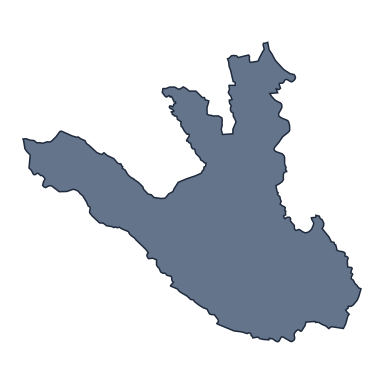 Nho Quan, Ninh Bình, Vietnam
{"feature_id": "81297802B37600217906847", "entity_name": "Nho Quan", "entity_type": "district", "adm_level": 2, "iso_a3": "VNM", "parent_name": "Vietnam", "parent_adm1": "Ninh Bình", "projection": "orthographic", "projection_center": [105.744, 20.312], "detail": "fine", "context": "isolated", "style": "filled", "palette": "slate", "viewbox_px": 384, "rotation_deg": 0, "n_neighbors": 0, "source": "geoboundaries", "source_scale": "gbopen_adm2", "svg_char_len": 5986}
<svg xmlns="http://www.w3.org/2000/svg" viewBox="0 0 384 384"><path d="M295.5,77.3L294.9,75.7L294.0,74.5L290.3,73.8L284.8,70.3L282.8,68.6L276.2,61.4L275.0,59.8L271.8,53.8L269.1,49.8L267.7,42.3L265.2,43.2L263.5,43.3L263.3,43.8L263.1,44.9L264.2,49.4L262.6,51.8L259.1,58.6L258.4,60.7L257.5,61.3L250.5,62.4L250.0,62.1L249.7,61.7L249.3,58.7L249.5,56.2L248.6,55.0L238.3,57.5L236.3,55.7L233.5,55.5L231.5,55.7L229.3,58.0L227.5,58.8L228.6,61.7L229.2,66.6L230.6,70.3L233.2,81.6L235.0,82.2L235.2,82.6L235.2,85.4L229.4,85.3L228.9,85.7L229.5,89.3L228.3,92.4L229.5,94.7L230.8,96.1L232.0,99.6L229.3,100.1L229.2,100.6L229.7,103.6L230.8,104.9L231.2,106.2L230.5,107.7L230.5,110.4L231.3,111.8L233.2,113.0L233.3,116.3L235.0,119.3L235.9,121.7L235.7,122.7L232.9,129.2L232.9,133.8L222.5,134.5L221.2,129.4L222.2,125.3L222.0,123.9L222.2,120.3L221.9,117.9L218.3,115.9L212.5,116.0L211.8,115.4L209.1,115.2L207.1,114.1L207.0,107.7L208.7,101.8L208.7,100.8L205.1,99.8L204.5,97.6L202.3,97.5L195.9,91.1L189.2,91.1L186.3,88.6L183.3,86.9L181.0,88.4L178.6,89.3L174.8,87.1L169.5,87.1L166.1,88.5L162.9,88.6L162.3,92.5L165.0,96.1L165.9,96.9L166.7,97.0L169.2,95.5L170.2,97.1L171.6,96.5L174.2,102.0L175.1,101.9L175.7,102.1L175.6,103.3L173.7,104.3L173.1,106.6L172.4,106.7L170.9,105.9L169.9,105.9L169.4,106.5L169.4,107.4L170.2,108.4L172.5,109.4L173.9,110.8L173.7,111.4L171.3,111.8L171.4,112.3L172.1,112.8L172.4,114.5L173.5,114.7L174.4,115.9L176.5,116.3L177.1,117.2L177.4,119.4L181.2,121.8L180.8,123.4L181.2,126.5L182.2,127.1L184.2,130.8L186.6,133.8L187.2,134.3L188.7,134.0L189.1,134.7L189.2,136.1L186.6,140.2L186.7,141.0L188.2,141.4L188.9,142.6L190.4,143.2L190.9,144.2L191.6,147.6L192.8,148.8L194.3,149.0L194.7,149.3L195.8,153.4L199.8,157.5L200.8,160.0L202.7,161.1L204.4,162.8L206.2,163.2L205.4,166.5L204.0,167.1L203.8,169.4L202.2,171.2L201.3,173.2L195.4,175.8L186.6,178.8L178.2,182.3L174.2,188.6L172.9,191.6L168.7,193.9L165.7,197.6L164.8,198.2L161.3,198.5L153.9,197.5L151.3,194.7L148.2,194.2L143.8,189.6L142.7,186.6L138.3,182.3L134.7,179.9L133.6,178.8L130.7,177.3L129.1,175.9L127.5,174.1L125.3,170.2L122.3,168.2L122.7,166.7L121.7,165.8L120.9,163.9L118.7,163.7L117.5,163.0L113.9,158.7L107.1,155.4L104.2,152.9L103.6,152.9L102.3,154.2L101.4,154.4L97.0,152.7L89.2,145.5L86.8,143.8L85.9,142.6L85.1,140.7L80.6,138.7L78.3,137.0L76.5,137.2L72.1,135.9L61.3,131.1L59.9,131.5L55.9,136.9L51.8,140.9L50.0,142.0L47.1,141.8L42.7,143.3L39.8,142.7L36.7,142.8L34.2,140.6L29.8,140.1L26.0,138.7L23.0,139.0L23.7,141.1L24.8,148.3L25.6,149.9L27.4,152.2L30.2,154.9L29.0,168.0L31.2,170.1L33.3,174.1L34.0,174.7L35.3,174.6L37.2,173.3L37.7,173.3L38.5,173.6L40.6,175.5L42.1,175.5L44.2,177.5L44.8,178.4L44.7,179.7L43.5,181.7L42.6,185.4L44.2,187.1L45.6,187.6L49.1,185.7L51.6,185.9L59.2,191.7L66.8,191.5L73.2,189.3L75.4,189.8L78.3,191.3L80.2,193.7L82.7,195.7L86.8,202.5L88.0,205.7L90.0,207.3L90.2,208.7L89.6,211.3L89.7,212.9L92.2,216.0L99.5,222.9L103.2,223.1L106.5,225.7L112.3,226.7L113.8,227.6L115.3,226.9L117.2,227.8L119.4,227.2L121.6,228.8L128.2,231.5L128.8,232.2L129.3,233.7L131.3,235.7L134.7,238.2L135.9,239.8L145.9,249.5L148.3,252.8L147.4,253.7L146.8,255.6L147.8,257.9L148.8,258.7L152.6,258.2L156.5,259.8L156.5,264.9L157.6,266.9L158.9,268.0L160.8,272.1L163.1,273.3L164.7,273.1L165.8,273.8L166.9,275.3L171.4,276.4L172.0,280.7L173.4,282.3L170.6,285.5L170.6,286.1L177.5,289.0L179.1,291.1L181.1,292.6L187.1,296.1L190.7,299.5L193.3,299.8L194.6,301.7L198.7,304.9L203.2,307.7L207.1,309.2L209.3,313.6L209.9,314.2L211.7,314.6L214.3,314.7L217.7,319.1L218.4,320.7L218.2,322.0L216.8,323.4L217.3,324.0L234.0,330.9L242.2,332.0L247.1,333.6L248.5,332.9L249.3,332.9L250.9,333.8L251.2,335.6L252.4,336.4L252.8,337.9L257.7,337.1L258.5,337.4L259.6,338.6L263.2,339.4L268.8,339.9L268.9,338.7L269.4,338.2L270.7,338.9L272.0,338.5L276.0,341.2L277.4,341.7L278.2,341.6L279.1,341.0L280.9,337.6L282.0,336.7L283.1,337.1L290.0,341.1L291.4,341.6L292.1,341.5L293.9,340.2L294.5,339.3L294.7,337.8L294.1,335.0L294.4,333.4L296.5,330.7L297.9,329.8L299.1,330.0L300.5,331.2L301.6,331.0L304.9,325.9L306.0,322.1L314.6,321.5L315.4,321.6L315.5,322.4L318.7,322.4L321.6,324.2L326.0,326.1L328.8,328.6L331.5,326.7L343.4,328.5L345.7,323.8L348.0,315.5L349.2,314.3L346.9,311.9L345.7,310.0L348.2,308.0L347.9,306.6L348.4,306.3L350.8,306.4L351.7,306.0L353.4,304.8L356.4,301.2L357.4,299.8L358.7,296.8L361.0,288.8L358.6,287.8L356.7,285.1L355.0,283.6L353.3,280.2L351.3,278.8L351.3,277.0L352.7,274.3L352.4,273.7L350.9,272.9L350.8,272.4L352.2,268.3L351.4,267.5L347.7,267.1L347.3,260.8L348.1,258.5L347.9,257.4L346.8,256.5L344.9,256.0L345.1,253.3L344.1,252.2L342.4,251.6L338.7,251.1L336.6,249.8L336.7,248.7L335.7,244.9L334.7,244.6L334.0,242.4L331.3,241.7L329.0,237.0L322.2,228.6L323.6,225.8L323.8,223.3L322.2,219.7L320.9,219.0L319.8,217.8L319.4,216.2L315.9,215.3L316.0,216.8L315.6,217.4L311.4,217.7L311.7,219.4L313.6,222.6L313.6,224.3L311.7,229.0L310.1,230.7L308.3,232.1L305.7,232.8L304.8,232.7L302.7,231.8L299.7,229.7L298.8,229.5L296.1,230.4L295.3,230.1L294.4,228.5L294.3,225.4L290.4,221.1L290.6,218.5L290.1,217.7L289.3,217.2L287.1,217.3L284.7,218.7L284.0,217.4L283.6,215.9L285.7,214.8L285.4,213.2L285.8,211.1L284.7,210.5L285.3,207.6L284.5,206.8L282.0,205.6L280.1,204.0L281.2,201.4L280.3,199.2L279.9,196.8L277.6,194.5L277.5,193.9L278.2,192.8L277.2,192.0L275.9,185.7L279.6,183.6L282.2,181.6L283.4,179.8L283.3,175.1L283.6,173.8L284.2,172.6L285.9,171.6L286.7,171.6L286.7,171.2L285.5,169.4L286.1,167.1L285.1,165.5L284.6,163.7L284.6,157.7L284.0,155.6L282.2,153.8L276.4,151.8L275.0,151.0L274.2,149.9L274.1,148.6L274.9,147.0L278.6,142.7L282.7,136.7L287.8,132.7L289.4,131.0L289.7,130.1L289.6,125.7L288.9,122.8L288.1,121.0L286.8,120.1L282.0,118.2L279.2,116.4L278.7,115.5L278.7,113.4L281.3,108.8L281.9,107.2L281.8,105.0L281.2,103.7L280.4,102.9L276.1,100.8L274.2,99.3L271.7,96.5L269.7,93.5L277.7,92.8L276.2,88.9L278.9,89.6L280.5,88.3L279.2,84.5L279.4,83.3L282.7,83.1L283.6,82.4L284.8,80.1L286.1,79.4L287.2,79.6L290.8,81.7L292.3,81.7L294.4,80.0L295.1,78.9L295.5,77.3Z" fill="#64748b" stroke="#1e293b" stroke-width="1.5"/></svg>